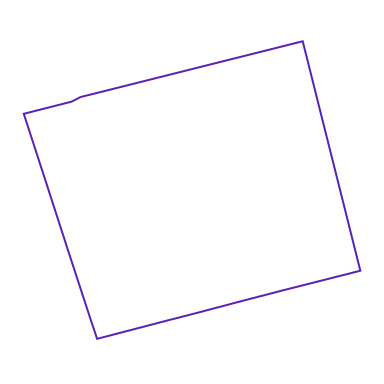 Jasper, Mississippi, United States of America, rotated 76°
{"feature_id": "52423323B84021637502917", "entity_name": "Jasper", "entity_type": "district", "adm_level": 2, "iso_a3": "USA", "parent_name": "United States of America", "parent_adm1": "Mississippi", "projection": "albers", "projection_center": [-89.085, 32.013], "detail": "fine", "context": "isolated", "style": "outline", "palette": "violet", "viewbox_px": 384, "rotation_deg": 76, "n_neighbors": 0, "source": "geoboundaries", "source_scale": "gbopen_adm2", "svg_char_len": 373}
<svg xmlns="http://www.w3.org/2000/svg" viewBox="0 0 384 384"><g transform="rotate(76 192 192)"><path d="M311.5,319.6L310.7,245.9L310.6,226.5L309.8,167.3L309.4,126.8L309.1,47.7L191.1,47.9L151.7,48.0L72.5,48.1L72.9,277.1L75.2,286.9L75.4,336.3L105.6,334.2L144.2,331.5L211.3,326.9L213.3,326.8L292.4,321.1L311.5,319.6Z" fill="none" stroke="#5b21b6" stroke-width="2"/></g></svg>